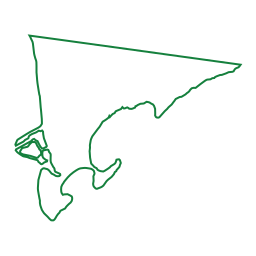 the district of Teliu, Palau
{"feature_id": "81905179B53694522517045", "entity_name": "Teliu", "entity_type": "district", "adm_level": 2, "iso_a3": "PLW", "parent_name": "Palau", "parent_adm1": "", "projection": "mercator", "projection_center": [134.229, 6.987], "detail": "fine", "context": "isolated", "style": "outline", "palette": "green", "viewbox_px": 256, "rotation_deg": 0, "n_neighbors": 0, "source": "geoboundaries", "source_scale": "gbopen_adm2", "svg_char_len": 4201}
<svg xmlns="http://www.w3.org/2000/svg" viewBox="0 0 256 256"><path d="M56.7,39.3L29.5,35.6L30.5,37.4L30.9,38.5L32.0,40.7L32.5,41.8L32.9,43.4L34.1,53.6L34.5,55.4L35.3,58.3L36.1,60.5L36.4,62.1L36.5,66.0L36.5,70.6L36.5,72.3L37.0,78.2L37.1,79.7L37.5,83.3L38.7,91.0L39.3,94.5L39.8,96.1L40.7,107.4L41.0,110.0L41.8,119.0L41.9,122.2L41.9,123.8L40.6,125.9L39.5,126.9L37.9,127.9L30.2,131.9L27.5,133.5L22.5,136.6L17.6,139.7L17.1,140.4L15.6,143.9L15.4,144.7L15.9,145.7L16.8,145.2L18.5,144.2L23.3,141.7L24.1,141.0L25.0,140.0L26.7,139.1L28.3,138.3L28.9,136.3L29.6,135.5L30.8,134.7L32.3,133.9L35.9,132.5L36.9,131.9L38.8,130.7L40.6,131.2L42.1,130.5L43.0,131.6L43.2,134.2L43.9,138.2L46.8,146.0L46.3,146.9L43.6,148.3L42.0,148.5L40.7,147.0L39.7,145.4L38.7,143.5L37.5,141.1L36.5,140.7L35.5,140.1L34.1,138.9L32.8,139.4L31.8,140.3L31.8,141.5L32.5,142.1L34.5,142.0L35.9,142.8L37.3,145.9L38.6,147.7L39.4,149.4L40.4,150.2L41.0,151.6L41.1,153.2L41.1,154.7L39.7,155.4L37.8,157.6L36.7,157.9L35.1,157.4L30.5,155.9L24.6,154.7L22.8,154.3L20.9,153.4L20.2,152.5L20.1,151.2L21.0,149.9L22.1,148.1L27.4,146.8L28.1,146.3L29.6,144.3L31.3,142.6L31.3,141.9L30.7,141.3L16.0,149.4L15.7,150.3L17.2,152.1L18.4,153.1L20.2,154.4L22.9,156.1L23.7,156.4L27.3,157.1L29.5,158.0L37.5,160.2L38.2,161.3L38.6,162.1L39.6,162.7L40.7,163.9L41.6,164.2L42.6,163.8L43.5,163.0L44.3,162.4L47.0,161.4L47.2,160.4L45.9,159.9L45.0,159.3L43.3,157.9L42.5,156.4L42.3,153.5L42.6,151.0L43.8,150.3L46.2,149.8L47.4,149.6L48.3,149.9L48.7,150.8L49.0,151.8L50.5,153.8L50.7,154.8L50.6,158.2L50.6,160.6L50.8,162.0L51.2,163.1L53.3,167.0L53.9,167.7L54.4,168.5L54.8,170.8L55.4,171.8L59.1,173.4L60.1,174.0L60.3,175.1L59.4,176.0L58.4,176.2L57.1,176.2L55.8,175.9L53.6,174.5L51.6,173.6L49.0,170.4L47.5,169.2L45.2,168.6L44.2,168.3L43.3,168.3L41.8,169.4L41.1,170.1L38.4,180.0L37.9,187.7L37.9,189.0L38.1,190.9L38.6,193.8L39.4,198.2L39.9,200.5L39.9,203.0L40.3,205.3L41.0,207.4L41.9,209.9L43.4,212.3L44.2,213.4L47.6,216.7L49.5,218.8L50.4,219.6L51.1,220.2L52.0,220.4L53.5,220.3L54.3,219.7L55.1,218.7L56.8,215.8L58.1,214.0L59.4,212.7L60.4,210.8L65.1,208.5L66.2,206.8L67.2,205.7L68.6,204.3L69.5,203.5L70.5,202.7L71.6,201.2L72.1,199.6L72.2,198.0L71.8,196.5L70.4,195.6L67.6,194.2L64.2,194.4L62.9,194.8L61.8,193.3L61.3,191.9L61.1,189.3L61.3,186.9L62.2,184.8L63.5,182.9L64.1,181.8L65.3,180.3L67.8,177.3L70.4,174.7L73.5,172.2L76.3,170.3L78.4,169.1L79.6,168.6L80.8,168.3L83.5,168.0L84.9,167.9L86.4,168.0L89.6,168.5L91.0,168.8L91.9,169.2L93.0,170.0L93.8,170.8L94.2,172.0L94.5,173.3L94.3,174.3L93.8,175.3L93.4,176.3L93.5,178.6L93.6,180.9L93.1,183.9L93.4,185.6L93.8,186.5L94.5,187.3L95.7,188.5L96.9,188.8L100.6,187.4L101.8,186.8L103.4,185.6L106.5,181.2L107.9,179.8L111.6,176.9L113.4,174.8L114.0,174.0L114.8,172.1L116.2,171.2L116.7,169.9L118.1,168.4L119.4,166.9L119.7,166.0L119.9,165.1L120.8,163.0L119.9,160.1L119.0,159.3L117.4,159.5L116.5,159.7L115.7,162.3L115.2,163.2L114.4,164.0L110.8,166.2L109.9,167.3L107.8,168.8L104.5,170.9L103.2,171.5L100.4,171.1L98.8,170.5L97.6,169.8L97.1,169.0L96.6,168.2L94.3,167.0L93.4,165.9L91.2,163.6L90.1,157.8L89.7,152.2L89.6,151.3L90.0,147.8L89.9,145.1L90.7,140.4L91.0,139.3L91.8,137.4L92.4,136.2L97.7,129.1L99.6,126.8L100.4,125.5L101.1,124.3L102.7,121.7L104.5,120.6L106.6,119.2L108.6,117.6L109.3,116.0L109.9,117.0L111.2,115.5L112.7,114.0L114.6,113.1L115.7,111.3L117.2,110.6L120.1,109.4L120.9,109.1L122.4,107.1L123.7,108.4L124.8,108.4L127.2,107.4L128.2,107.9L129.2,108.7L131.4,108.9L132.6,108.6L135.1,107.5L135.5,106.2L136.5,106.0L137.4,105.2L140.3,103.8L143.8,103.5L146.6,101.8L148.2,102.1L149.6,102.5L150.7,103.3L151.8,103.9L152.9,104.4L154.0,105.8L155.1,108.8L155.2,113.0L155.2,114.3L155.1,115.4L155.8,116.8L156.5,117.4L157.5,117.6L158.5,117.6L159.4,117.2L164.8,111.1L167.2,108.9L168.4,107.4L169.5,106.4L171.7,104.5L173.6,101.9L174.2,101.2L175.7,99.0L177.9,97.9L179.7,97.0L181.5,96.8L185.5,94.4L186.9,93.1L188.1,92.3L189.2,91.3L190.2,89.8L191.7,88.3L193.7,87.8L195.6,87.9L200.3,84.2L204.8,80.9L206.4,79.9L207.3,79.6L210.5,79.3L212.3,78.2L214.3,78.0L214.9,77.2L216.4,76.4L220.1,75.0L221.8,74.9L226.0,73.4L228.6,72.2L232.4,71.8L233.6,71.3L234.7,69.4L235.5,68.6L236.4,68.1L238.5,67.3L239.6,66.1L240.6,64.7L56.7,39.3Z" fill="none" stroke="#15803d" stroke-width="2"/></svg>